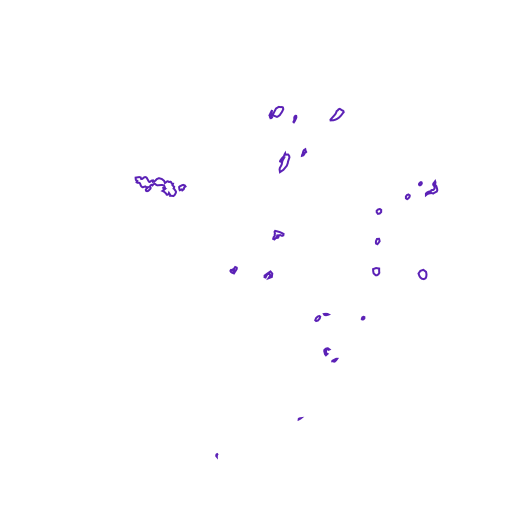 outline of Eastern, rotated 42°
{"feature_id": "FJI-2618", "entity_name": "Eastern", "entity_type": "Division", "adm_level": 1, "iso_a3": "FJI", "parent_name": "Fiji", "parent_adm1": "", "projection": "equal_earth", "projection_center": [179.768, -18.91], "detail": "fine", "context": "isolated", "style": "outline", "palette": "violet", "viewbox_px": 512, "rotation_deg": 42, "n_neighbors": 0, "source": "natural_earth", "source_scale": "10m", "svg_char_len": 5761}
<svg xmlns="http://www.w3.org/2000/svg" viewBox="0 0 512 512"><g transform="rotate(42 256 256)"><path d="M149.6,261.0L150.2,260.9L152.9,261.5L153.7,261.9L154.3,263.2L154.7,265.1L154.5,266.7L153.0,267.7L151.9,268.7L151.4,268.1L150.6,267.8L149.1,267.4L149.5,268.3L149.5,269.1L149.2,269.7L148.6,270.2L147.7,269.8L146.1,269.7L144.3,269.8L143.0,270.2L143.2,269.5L143.4,268.1L143.5,267.4L142.9,267.9L142.4,268.0L142.0,267.8L141.5,267.4L141.8,267.0L142.2,266.4L142.5,266.1L140.5,265.1L138.6,266.1L135.4,269.5L134.3,269.9L133.1,269.9L132.2,270.1L131.8,271.2L131.8,273.2L131.7,273.7L131.4,272.3L130.7,273.0L130.4,274.1L130.6,275.1L131.1,275.6L132.2,275.9L132.5,276.8L132.4,279.3L132.2,280.0L131.7,280.7L131.0,281.1L130.4,281.0L129.7,280.4L129.6,279.5L129.8,277.0L128.7,278.1L128.3,278.3L127.3,278.3L126.6,279.3L126.2,280.2L125.7,280.8L124.6,281.0L123.4,280.8L121.5,279.8L120.5,279.6L118.9,280.9L118.0,281.1L117.7,279.6L117.2,279.6L116.6,280.0L115.8,279.8L115.0,279.2L114.1,278.3L116.4,275.5L117.7,274.8L119.2,275.6L119.9,274.8L120.2,272.6L120.8,271.5L121.6,271.1L122.4,271.0L126.6,272.4L127.3,272.3L127.7,271.5L127.8,270.6L128.1,269.6L128.8,268.8L129.8,269.8L130.5,268.9L130.8,267.1L130.8,265.3L131.8,263.1L134.5,261.8L137.4,261.6L139.5,262.7L140.1,259.8L140.6,259.4L141.7,259.3L142.0,259.1L142.3,258.6L142.6,258.1L143.3,257.9L144.0,258.1L144.6,258.4L145.3,258.5L146.0,257.9L146.6,259.3L149.0,259.4L149.6,261.0ZM217.4,165.6L218.5,168.3L218.7,173.7L217.7,177.6L215.6,175.9L214.8,174.6L214.2,171.9L213.8,170.7L212.4,168.4L211.9,167.3L211.5,165.6L211.2,166.6L211.4,168.7L211.2,169.4L210.6,169.6L210.2,168.9L209.9,166.0L210.0,163.2L209.8,162.7L209.2,161.2L209.0,160.2L209.8,160.8L210.3,160.8L211.9,159.1L212.3,159.1L212.8,159.3L213.8,159.5L214.9,160.4L216.7,164.6L217.4,165.6ZM225.2,94.7L225.1,97.3L224.6,99.6L223.8,101.5L222.7,103.3L220.7,105.3L220.1,104.8L220.1,98.8L220.0,97.2L219.6,95.8L219.0,94.4L219.3,93.0L219.2,91.7L219.8,90.6L222.8,90.1L223.5,89.8L224.2,89.9L225.0,90.6L224.9,91.2L225.2,94.7ZM175.0,128.6L175.5,128.0L176.6,127.6L178.0,128.6L178.7,130.9L179.0,132.3L179.1,133.7L179.4,135.0L179.2,136.5L178.9,137.6L178.5,138.6L176.6,139.3L175.7,139.7L174.4,140.4L173.7,138.7L173.2,137.0L172.2,133.0L173.1,130.0L175.0,128.6ZM392.9,154.0L393.8,154.6L395.2,155.8L396.4,157.5L396.9,159.1L396.2,160.9L394.5,161.9L392.5,162.0L390.8,161.5L388.5,160.3L388.1,157.1L389.6,154.3L392.9,154.0ZM343.2,83.4L345.5,84.8L346.7,85.8L347.2,87.1L346.0,90.4L345.9,91.0L344.5,91.6L343.1,93.2L341.9,95.2L341.6,97.1L340.5,95.9L340.7,94.0L341.6,92.1L342.6,91.0L342.3,89.7L342.7,89.1L343.3,88.7L343.6,88.2L343.6,86.8L343.5,86.2L342.6,85.4L341.9,84.9L340.3,84.6L339.6,84.1L339.3,83.3L339.2,81.4L339.1,80.6L340.1,81.2L340.8,82.3L341.6,83.3L343.2,83.4ZM261.8,221.2L262.1,221.9L262.5,222.4L261.9,223.6L260.1,224.2L259.3,225.1L258.0,226.5L258.5,227.3L259.5,226.7L259.9,226.7L260.1,227.8L258.7,229.4L258.6,231.4L257.3,231.8L256.5,230.1L256.5,228.4L255.6,227.7L255.1,226.7L253.6,225.6L253.4,224.5L254.9,223.7L257.7,222.3L260.6,221.4L261.8,221.2ZM357.6,184.8L358.9,186.0L359.2,187.8L358.7,189.5L357.9,190.2L355.3,190.2L354.7,190.0L354.1,189.5L353.6,189.1L353.3,188.9L351.8,187.4L353.3,184.6L355.9,182.9L357.6,184.8L357.6,184.8ZM156.7,253.1L157.3,253.9L157.6,254.7L157.5,255.5L157.3,256.5L156.3,256.1L155.8,257.0L155.4,258.1L154.7,257.9L152.7,256.2L152.8,255.0L153.5,253.5L153.7,252.8L154.4,251.8L155.9,251.2L157.1,251.5L156.7,253.1ZM276.1,262.0L276.1,261.9L277.1,257.8L279.9,258.2L281.8,261.0L280.2,264.1L279.6,260.7L278.0,260.3L276.7,261.7L276.9,263.7L277.5,265.6L276.5,266.0L275.5,264.8L276.1,262.0ZM249.5,277.6L250.3,278.4L250.7,280.1L251.0,282.2L251.3,283.7L249.1,284.5L248.2,284.6L247.1,284.3L246.8,283.9L246.7,283.1L247.2,282.7L247.4,282.7L247.7,281.7L248.0,281.9L248.9,282.2L249.2,282.4L248.8,280.9L248.0,279.3L247.9,278.1L249.5,277.6ZM316.4,142.7L315.4,141.6L315.6,139.7L316.6,138.2L318.2,138.0L319.6,139.6L319.5,141.7L318.4,143.1L316.4,142.7ZM342.2,261.9L342.4,259.7L343.2,258.2L344.3,258.1L345.2,259.8L345.2,262.6L344.2,264.1L343.0,264.1L342.2,261.9ZM336.6,161.3L338.0,162.3L338.3,164.7L338.3,166.0L336.9,166.4L336.0,165.7L335.2,164.6L334.5,162.4L335.9,160.9L336.6,161.3ZM370.6,277.6L371.0,279.1L372.2,280.4L373.6,281.3L374.6,281.0L374.4,283.0L373.0,282.8L370.3,281.0L369.7,280.1L369.9,278.2L371.1,276.5L373.1,276.3L372.7,277.2L372.2,277.4L371.5,277.4L370.6,277.6ZM328.8,112.8L327.6,111.5L327.4,109.7L328.1,108.3L329.7,108.1L330.5,109.2L330.7,111.1L330.3,112.6L328.8,112.8ZM223.7,145.1L223.7,145.6L223.6,145.8L223.2,146.4L223.4,147.1L223.7,148.0L223.8,149.0L223.7,149.8L223.1,150.8L222.7,150.2L222.2,148.5L221.6,147.6L221.0,146.3L220.8,145.0L221.2,143.7L222.4,144.6L223.7,145.1ZM171.2,138.2L172.4,140.7L174.0,141.9L175.2,142.3L175.1,143.0L175.0,143.4L174.7,143.7L174.2,143.0L173.7,143.5L173.2,143.3L172.9,142.7L171.9,142.5L170.8,138.7L170.3,136.8L171.2,138.2ZM192.0,127.8L191.4,126.5L191.5,125.4L192.1,125.0L193.1,125.8L193.6,126.8L194.5,129.9L194.7,131.3L194.1,131.3L193.8,130.1L193.4,129.3L192.8,128.5L192.0,127.8ZM383.1,282.1L384.4,278.7L385.1,278.1L385.3,280.0L385.1,281.9L384.5,282.4L383.8,282.5L383.1,283.2L382.9,282.9L382.9,282.7L383.1,282.1ZM328.8,93.0L328.9,91.1L329.6,90.5L330.5,90.9L331.0,92.2L330.8,93.4L330.2,94.0L329.4,93.9L328.8,93.0ZM376.8,232.1L376.1,230.5L376.5,229.3L377.4,228.9L378.2,229.7L378.3,230.7L378.0,231.6L377.4,232.1L376.8,232.1ZM347.6,253.2L347.0,253.6L346.4,253.9L345.9,253.9L345.3,253.7L346.1,252.7L347.0,251.9L348.0,251.2L349.1,250.9L348.8,251.5L348.4,252.1L348.0,252.7L347.6,253.2ZM360.4,431.3L359.8,430.7L359.5,430.0L359.6,429.3L360.0,428.5L360.0,429.3L360.3,430.2L360.7,430.9L361.2,431.4L360.4,431.3ZM397.1,348.9L396.8,348.5L396.9,347.8L397.3,347.2L397.9,346.5L397.8,347.1L397.6,347.7L397.1,348.9Z" fill="none" stroke="#5b21b6" stroke-width="2"/></g></svg>